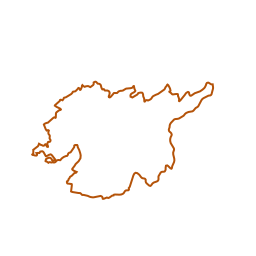 outline of Naryn, rotated 327°
{"feature_id": "KGZ-1118", "entity_name": "Naryn", "entity_type": "Region", "adm_level": 1, "iso_a3": "KGZ", "parent_name": "Kyrgyzstan", "parent_adm1": "", "projection": "albers", "projection_center": [75.468, 41.376], "detail": "fine", "context": "isolated", "style": "outline", "palette": "amber", "viewbox_px": 256, "rotation_deg": 327, "n_neighbors": 0, "source": "natural_earth", "source_scale": "10m", "svg_char_len": 5756}
<svg xmlns="http://www.w3.org/2000/svg" viewBox="0 0 256 256"><g transform="rotate(327 128 128)"><path d="M222.8,137.5L221.7,139.8L221.2,140.7L220.6,141.4L216.4,145.2L215.7,145.5L214.8,145.5L213.1,144.7L207.6,144.1L206.1,144.2L204.7,144.7L199.2,147.8L198.5,148.1L197.7,148.2L195.6,148.1L192.3,149.1L191.1,149.1L187.4,147.5L185.1,147.1L183.7,147.2L181.3,148.0L176.0,147.8L174.7,147.4L172.4,146.2L171.3,146.0L166.7,147.1L165.1,147.9L164.0,149.0L163.4,149.9L161.9,151.1L161.2,151.8L160.8,152.9L160.9,153.9L161.3,155.0L161.4,156.1L161.1,157.3L160.4,158.0L158.7,159.0L157.4,160.2L156.3,161.9L155.6,164.0L155.4,169.7L155.2,170.6L154.7,171.4L152.5,173.2L151.5,174.9L150.1,178.9L149.2,180.5L148.0,181.7L144.3,184.1L143.0,185.5L142.3,185.8L141.7,185.1L140.9,181.6L140.5,180.7L139.3,180.3L138.0,181.7L136.8,183.5L135.3,184.4L134.5,184.3L132.9,183.4L132.1,183.1L131.1,183.2L127.3,185.1L126.7,185.9L126.2,186.8L125.5,187.8L124.7,188.4L123.8,188.6L122.8,188.5L120.1,187.8L119.1,187.8L118.2,187.9L116.2,188.7L115.3,188.8L114.5,188.0L114.2,187.1L113.5,184.6L113.4,183.5L113.7,182.5L114.7,180.9L114.6,179.9L114.2,179.3L113.0,178.2L112.5,177.5L112.2,176.4L112.0,173.3L111.2,170.9L110.0,169.7L108.5,169.7L106.7,170.7L97.4,178.3L95.9,178.8L95.5,179.8L95.2,180.2L94.4,180.4L92.8,179.5L92.0,179.2L91.0,179.3L88.9,180.3L87.8,180.4L86.2,180.1L84.7,179.4L81.0,176.8L80.0,176.3L79.1,176.4L79.0,176.6L77.9,176.1L74.6,176.2L73.8,176.1L73.3,175.9L72.4,174.8L69.3,174.2L68.6,173.9L68.3,173.6L68.8,172.3L68.8,171.4L68.4,170.6L67.9,170.0L67.4,169.8L61.6,167.5L60.7,167.0L59.0,165.5L58.3,164.6L57.3,163.0L54.4,160.0L53.2,159.2L53.0,158.9L52.8,157.5L52.4,156.5L51.0,155.5L46.4,151.3L45.7,150.2L49.5,145.7L50.1,144.8L50.2,144.3L47.0,141.6L46.9,141.2L47.3,140.0L47.6,139.7L47.9,139.5L49.0,139.6L49.4,139.4L50.2,138.6L51.5,138.2L52.8,137.4L55.0,137.4L58.4,136.6L60.2,137.2L61.0,136.9L60.5,136.2L59.2,134.1L58.7,132.7L58.7,132.3L58.9,132.0L59.3,131.8L62.7,130.6L64.5,129.7L68.4,129.0L71.6,127.5L73.4,125.2L73.6,124.7L74.2,123.1L75.1,119.8L75.4,116.8L76.1,115.2L76.1,114.6L74.5,113.5L73.7,113.4L73.1,113.7L72.8,114.4L72.3,114.8L67.0,117.0L66.4,117.1L65.2,116.7L64.3,116.8L63.9,116.9L63.0,117.7L62.1,118.1L61.6,118.2L60.6,117.7L58.3,117.3L56.2,117.4L55.2,117.6L53.9,118.1L53.6,118.1L52.2,116.9L51.7,116.7L50.7,116.5L50.0,116.6L48.7,117.0L47.7,116.9L46.8,116.4L45.7,115.4L44.9,115.2L43.9,114.1L43.0,113.7L42.3,113.8L41.5,111.8L41.1,111.1L40.9,111.1L40.8,110.8L42.1,109.6L42.6,109.4L44.6,109.6L45.4,109.9L46.2,110.3L46.7,111.1L46.9,111.6L47.0,112.5L46.8,113.6L47.1,114.1L47.6,114.5L49.0,115.0L49.5,115.0L49.8,114.8L49.4,109.9L49.2,108.8L48.8,108.0L47.2,107.5L45.4,107.4L43.9,107.1L43.7,106.8L44.0,102.6L43.9,101.8L43.6,101.0L43.2,100.7L41.6,100.0L40.1,100.7L39.0,99.9L37.6,99.2L37.6,99.9L37.4,100.6L36.8,101.2L36.4,101.3L36.1,101.2L35.1,100.5L34.2,99.4L33.3,98.6L33.2,98.3L33.2,98.1L33.5,98.0L34.4,97.9L34.9,97.6L35.3,96.8L36.3,95.4L36.6,94.7L41.6,94.3L42.2,94.3L43.1,94.0L44.8,92.7L45.2,93.4L45.5,94.4L46.3,95.3L46.8,96.2L47.2,96.7L47.9,97.0L48.3,97.0L49.6,96.6L50.0,96.7L50.2,97.3L49.9,98.9L49.9,99.6L50.2,100.0L50.6,100.2L50.8,100.0L51.0,99.6L51.4,97.8L51.9,97.1L53.4,96.2L53.8,96.3L54.8,97.0L55.6,96.8L56.1,96.4L56.4,96.0L56.5,95.6L56.5,94.7L56.6,93.9L58.0,92.2L58.2,91.8L58.3,91.3L58.1,90.0L58.3,89.2L58.7,88.5L59.2,87.8L60.2,87.1L60.2,86.9L59.9,86.3L59.5,86.1L58.4,85.8L58.4,85.2L58.3,84.5L59.3,79.3L59.9,79.1L60.9,79.1L62.5,79.4L63.7,79.9L71.0,78.8L72.0,78.9L72.3,79.1L72.6,79.9L73.1,79.9L75.7,76.3L76.5,75.9L79.7,75.6L81.3,76.1L81.6,76.0L81.8,75.9L81.8,75.2L81.5,74.5L79.6,71.4L78.8,69.4L79.2,69.1L85.2,68.2L85.8,68.0L86.3,67.5L87.1,67.7L88.2,69.1L89.6,68.6L90.3,68.0L90.9,67.8L92.6,68.4L98.9,68.6L100.5,68.2L101.0,67.8L101.6,67.6L103.7,68.5L104.2,68.5L107.3,67.8L108.2,67.4L108.6,67.8L108.7,68.4L108.6,70.0L108.9,70.1L109.5,69.9L111.7,68.4L112.4,67.5L113.1,67.2L113.2,67.7L113.9,69.7L114.1,69.9L115.4,70.1L117.2,71.0L117.7,71.5L118.4,72.8L118.7,73.2L122.1,73.0L122.6,72.8L123.2,72.4L124.0,71.1L124.6,71.1L125.7,71.3L126.3,71.9L126.5,72.5L126.7,74.2L126.9,74.4L127.6,75.0L128.1,75.5L128.5,76.6L128.5,77.3L127.7,79.6L127.5,81.0L127.5,81.6L127.7,81.8L128.7,82.1L128.9,82.3L129.0,82.8L128.9,83.5L129.0,83.9L129.3,84.2L131.2,85.4L131.9,86.5L132.0,86.9L132.0,87.7L131.8,88.4L131.5,88.9L130.3,90.1L129.4,90.7L129.0,91.1L128.8,91.7L129.0,92.0L129.2,92.3L129.8,92.5L130.6,92.4L133.8,91.5L135.0,91.0L136.0,91.4L137.0,92.2L138.1,92.7L140.0,92.2L141.9,92.7L142.9,93.3L144.1,93.8L147.5,93.9L148.2,94.1L151.6,95.9L152.9,96.4L153.9,96.5L155.2,95.9L155.6,95.9L155.8,96.1L155.0,98.0L154.6,99.4L154.5,100.6L154.3,100.9L154.0,101.1L152.7,101.3L150.0,101.1L148.7,101.3L147.8,102.0L147.2,103.2L147.9,104.0L148.1,104.6L148.3,104.8L153.9,105.0L154.7,104.8L155.7,104.3L156.8,104.7L157.9,105.2L159.0,106.0L159.2,106.5L159.0,107.9L158.1,109.6L157.9,110.3L157.7,111.6L157.5,112.3L156.3,114.4L156.2,114.7L156.3,114.9L156.6,115.0L158.1,114.5L158.4,114.5L159.2,115.0L159.6,115.7L159.9,115.9L162.3,116.2L163.3,116.1L164.1,115.8L165.4,115.2L166.5,115.0L169.4,115.3L171.8,115.8L179.4,115.5L180.4,115.1L181.5,114.3L183.7,113.6L184.4,113.1L184.8,113.1L185.1,114.1L184.9,116.5L184.7,117.9L184.0,119.8L183.3,120.3L182.5,120.0L182.4,120.1L182.4,120.3L183.1,122.0L183.4,123.7L183.9,124.3L186.1,125.3L187.5,126.1L188.1,126.6L188.2,126.8L188.0,127.3L187.3,128.6L187.2,129.6L186.6,131.7L185.5,133.0L185.5,133.3L185.7,133.5L187.1,133.3L193.9,131.1L195.4,130.4L197.2,130.3L197.9,130.4L198.3,130.8L198.4,131.1L198.4,131.7L197.8,133.0L197.7,133.7L197.7,134.3L197.8,134.8L198.0,135.0L198.4,135.2L198.9,135.3L202.9,135.2L208.4,136.5L211.5,136.4L213.5,136.1L214.5,135.8L216.4,134.7L217.9,133.5L218.7,133.2L219.5,133.4L220.2,133.8L220.4,134.2L221.4,136.4L221.9,137.0L222.8,137.5Z" fill="none" stroke="#b45309" stroke-width="2"/></g></svg>